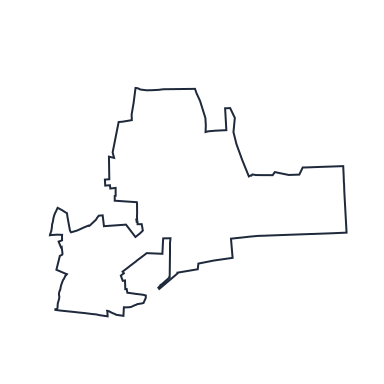 outline of Kinchil, Yucatán, Mexico, rotated 171°
{"feature_id": "50627088B70780361544705", "entity_name": "Kinchil", "entity_type": "district", "adm_level": 2, "iso_a3": "MEX", "parent_name": "Mexico", "parent_adm1": "Yucatán", "projection": "mercator", "projection_center": [-89.997, 20.843], "detail": "fine", "context": "isolated", "style": "outline", "palette": "slate", "viewbox_px": 384, "rotation_deg": 171, "n_neighbors": 0, "source": "geoboundaries", "source_scale": "gbopen_adm2", "svg_char_len": 3421}
<svg xmlns="http://www.w3.org/2000/svg" viewBox="0 0 384 384"><g transform="rotate(171 192 192)"><path d="M253.5,272.6L264.2,243.5L263.6,237.9L268.5,239.9L271.7,217.5L276.1,217.9L276.7,211.9L272.0,211.5L272.1,208.2L266.8,208.0L268.0,200.2L268.9,200.2L269.7,195.5L249.6,190.9L248.1,190.6L248.0,189.9L249.6,179.2L250.1,177.1L250.3,175.2L250.5,173.4L251.3,173.5L251.3,171.2L250.5,171.1L250.8,168.7L246.7,168.1L246.6,161.6L249.6,159.4L254.9,156.4L262.3,170.1L284.3,172.0L283.9,182.9L284.2,182.9L287.8,183.2L290.0,181.1L291.1,179.7L298.6,174.6L299.5,174.7L298.8,175.2L303.9,174.0L304.7,173.8L309.2,172.5L310.1,172.3L311.1,172.0L312.2,171.8L317.8,171.1L318.1,171.5L318.2,172.0L318.4,172.5L318.5,173.3L318.6,173.8L318.9,186.9L318.9,187.0L318.8,190.6L320.3,191.8L323.2,194.4L327.2,197.4L329.0,194.7L329.9,193.4L330.5,192.6L331.6,190.8L332.8,188.2L333.9,185.0L334.1,184.3L335.2,182.0L335.4,181.2L336.2,178.1L337.2,175.2L337.3,175.1L339.0,171.9L339.1,171.5L337.7,171.5L332.4,171.0L332.1,171.0L327.0,170.0L327.3,168.7L327.9,164.6L331.5,163.9L330.1,157.8L329.3,158.1L329.4,155.6L329.5,152.8L329.6,151.1L330.0,150.4L332.5,149.6L338.1,136.4L330.0,131.3L328.4,130.4L329.5,129.4L330.1,129.2L330.4,128.7L332.2,126.1L332.5,125.9L333.3,125.0L336.0,120.1L337.6,115.7L338.0,115.5L339.1,113.1L339.5,111.4L339.4,109.5L339.8,107.8L341.0,105.0L341.5,104.0L341.8,103.5L342.3,101.7L342.5,100.9L342.7,99.6L342.8,99.2L343.5,97.6L345.3,97.6L345.4,96.9L341.6,95.8L339.5,95.2L336.8,94.5L331.6,93.1L330.0,92.7L328.6,92.3L327.6,92.1L325.6,91.5L324.5,91.2L322.3,90.6L317.7,89.4L314.9,88.6L309.4,87.0L307.0,86.4L305.8,86.1L302.5,84.8L294.8,82.4L294.3,87.0L294.4,87.9L293.9,87.8L293.6,87.7L293.2,87.5L292.9,87.3L292.6,87.2L292.4,87.0L291.9,86.6L291.4,86.3L291.2,86.1L290.7,85.7L288.8,84.4L288.3,84.2L287.3,83.6L286.6,83.0L286.1,82.6L279.1,80.4L277.6,87.5L277.3,88.8L276.3,88.6L275.5,88.4L275.3,88.4L274.6,88.3L272.9,88.1L272.1,88.0L270.9,88.0L269.8,88.1L266.3,89.1L264.6,89.4L263.6,89.8L262.6,89.8L259.9,89.8L257.3,89.9L254.2,94.7L253.8,97.0L256.5,98.2L257.6,98.5L260.0,99.2L264.9,100.6L266.8,101.2L269.1,101.9L271.6,102.6L271.7,106.4L273.1,106.5L272.0,115.1L274.3,115.1L275.1,119.2L275.4,120.5L274.1,121.3L272.0,122.4L273.0,124.2L267.6,127.1L265.8,128.1L264.4,128.9L263.8,129.2L259.9,131.3L258.1,132.2L258.0,132.3L257.7,132.6L249.2,137.1L247.4,138.1L246.3,138.7L230.9,135.6L228.3,148.1L227.7,150.7L223.6,150.1L221.9,149.9L220.5,149.7L221.4,146.1L221.6,145.6L222.5,140.1L223.0,136.8L227.0,113.5L227.4,111.4L227.9,111.4L228.1,110.8L236.6,105.4L237.6,105.2L238.4,104.1L240.2,102.8L239.5,101.4L219.1,113.8L219.0,114.6L198.4,114.8L196.9,120.3L181.0,120.9L162.2,120.6L160.8,139.8L154.8,139.5L149.3,139.2L142.5,138.9L133.4,138.3L126.6,137.4L125.9,137.4L125.4,137.3L115.5,136.1L90.8,133.1L81.0,131.9L80.4,131.8L60.7,129.4L45.7,127.7L41.8,165.7L41.4,169.5L41.0,172.5L40.5,176.5L40.5,176.8L40.5,177.6L39.7,184.0L38.6,193.9L55.6,196.0L61.2,196.7L61.3,196.7L76.2,198.5L78.8,198.9L83.3,192.4L93.8,193.7L107.1,198.7L109.7,196.0L126.1,198.7L129.6,199.9L130.7,198.9L131.4,199.2L133.4,198.5L137.4,215.8L140.6,232.3L141.7,244.6L138.1,258.5L141.2,268.9L146.2,269.5L148.4,247.7L159.3,248.9L166.6,249.4L169.2,249.1L167.9,255.8L167.2,263.0L169.8,280.7L172.1,288.9L172.9,293.4L204.4,298.0L208.7,298.1L215.4,298.8L220.7,299.5L227.0,301.3L229.4,303.0L231.5,303.6L235.8,288.9L239.5,278.0L240.2,272.4L249.6,272.3L253.5,272.6Z" fill="none" stroke="#1e293b" stroke-width="2"/></g></svg>